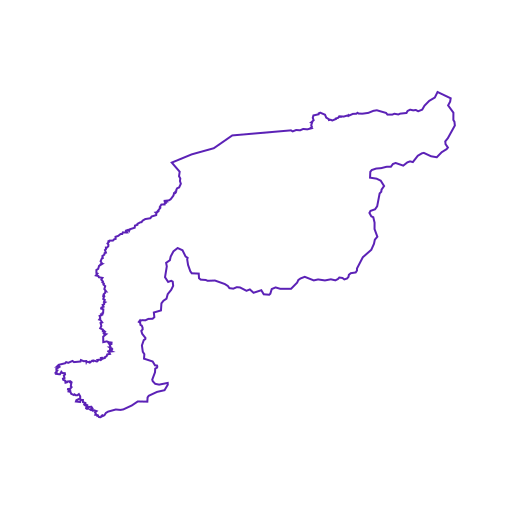 outline of Ikelenge, North-Western, Zambia, rotated 84°
{"feature_id": "96606910B32160654105939", "entity_name": "Ikelenge", "entity_type": "district", "adm_level": 2, "iso_a3": "ZMB", "parent_name": "Zambia", "parent_adm1": "North-Western", "projection": "equal_earth", "projection_center": [24.346, -11.254], "detail": "fine", "context": "isolated", "style": "outline", "palette": "violet", "viewbox_px": 512, "rotation_deg": 84, "n_neighbors": 0, "source": "geoboundaries", "source_scale": "gbopen_adm2", "svg_char_len": 6119}
<svg xmlns="http://www.w3.org/2000/svg" viewBox="0 0 512 512"><g transform="rotate(84 256 256)"><path d="M373.0,357.1L373.8,365.8L372.6,369.6L369.7,371.8L368.1,372.1L361.1,368.6L357.5,368.0L356.6,366.0L355.3,365.7L354.6,365.9L354.2,367.9L350.1,369.8L346.4,378.1L342.0,377.3L339.4,378.6L333.0,378.8L327.9,376.4L327.1,374.8L326.0,374.5L321.5,377.3L318.5,377.9L317.1,376.4L315.4,376.3L313.3,376.9L312.5,378.1L310.2,378.2L309.3,379.4L307.8,378.0L308.4,377.6L307.9,376.0L308.4,372.8L307.3,369.6L307.6,365.4L306.2,363.5L301.5,363.5L300.2,356.2L293.2,355.0L290.8,352.7L289.1,349.5L284.7,347.8L280.8,343.9L277.0,341.5L272.8,341.5L271.8,342.9L272.6,346.1L267.6,348.7L257.0,345.8L253.4,346.1L251.2,342.1L247.6,340.9L242.7,337.6L239.9,333.1L242.6,328.5L249.1,326.1L250.7,324.2L252.2,324.8L257.8,324.5L264.4,322.9L266.5,321.7L267.5,314.8L272.1,315.0L273.7,313.5L274.6,308.5L275.6,306.7L276.1,299.4L280.6,290.0L282.9,287.1L285.2,285.8L286.1,282.0L285.0,278.4L285.6,275.2L289.6,269.1L288.6,265.6L292.3,262.3L290.6,254.3L294.9,252.3L295.9,246.9L295.0,245.7L290.5,243.8L289.3,239.8L291.1,235.5L292.3,224.6L286.8,217.9L284.3,216.4L283.0,214.1L281.8,209.7L286.3,201.1L285.8,196.7L287.5,190.0L287.0,184.0L288.5,179.6L287.5,177.0L286.1,175.4L286.9,172.3L288.5,170.6L287.9,167.8L286.4,166.2L284.4,165.6L283.0,163.5L282.8,158.6L281.0,157.1L279.0,156.9L268.4,149.9L261.9,140.7L256.2,137.4L252.2,136.1L249.5,133.3L241.6,135.3L235.2,134.6L229.7,135.3L228.6,137.2L225.0,138.7L223.1,137.4L222.0,132.7L219.2,130.3L206.7,126.5L205.2,124.7L203.1,124.2L199.8,121.3L194.1,124.1L191.7,128.0L190.0,134.4L184.2,133.5L182.6,131.9L181.6,127.4L181.7,122.3L180.9,116.9L181.3,112.5L178.8,110.2L178.1,107.4L181.5,100.1L178.7,95.7L178.0,92.9L179.0,90.2L173.2,84.6L171.2,80.2L171.0,78.3L175.1,71.5L176.7,65.9L172.2,60.5L169.6,55.2L168.2,53.8L164.6,55.8L161.8,55.8L158.9,52.9L147.0,44.6L143.3,44.6L141.3,45.5L134.1,44.7L126.3,49.2L122.8,46.8L119.5,45.9L111.9,58.3L117.1,61.6L119.8,67.5L124.1,72.7L127.8,75.4L129.0,79.6L127.5,81.8L127.6,84.4L126.6,87.4L127.6,90.1L129.5,91.4L129.5,97.7L130.1,99.7L129.0,103.5L129.6,105.6L129.1,110.5L127.3,111.7L123.7,120.6L123.9,124.1L125.4,129.3L125.6,135.1L125.1,139.0L124.2,140.1L125.0,141.3L124.8,144.8L126.1,148.8L125.6,149.1L126.3,149.8L125.8,150.2L126.5,154.2L125.9,157.8L126.4,157.6L126.3,159.1L127.2,159.9L127.6,162.2L128.1,162.2L129.2,166.0L128.3,167.5L128.4,169.1L127.8,169.0L125.7,171.7L122.7,172.6L120.2,177.1L120.7,178.7L121.6,178.9L122.2,184.2L124.5,185.1L127.0,184.5L128.8,187.0L129.0,186.2L131.7,187.4L133.5,186.9L134.3,188.2L134.8,187.6L135.4,191.7L134.6,195.8L135.6,199.0L134.9,202.9L135.9,206.5L134.7,208.1L133.6,267.0L144.4,286.7L148.2,309.3L154.3,330.0L164.2,323.1L168.6,324.2L171.0,323.2L173.5,323.8L176.3,323.2L179.8,325.3L180.4,327.3L181.6,328.2L183.0,328.5L183.5,329.4L184.4,329.1L185.1,329.9L184.9,330.9L187.3,331.8L190.7,335.0L191.6,336.9L191.6,340.3L192.6,339.4L192.6,340.8L193.8,340.2L194.1,341.3L195.2,341.5L194.9,344.7L197.3,346.6L198.1,346.1L201.0,349.0L201.3,348.5L202.2,349.6L202.3,351.2L203.0,350.6L204.9,351.0L205.8,355.7L207.4,357.1L207.7,362.3L209.0,365.1L210.4,366.3L210.4,367.5L211.6,370.5L212.6,370.7L213.1,373.2L215.2,373.7L216.2,378.6L217.9,379.6L216.6,380.4L217.1,382.4L218.7,381.8L218.4,382.6L219.1,382.5L218.6,386.0L220.1,386.7L220.0,388.4L221.6,390.9L222.2,393.7L224.3,393.8L224.6,395.4L225.7,396.7L225.4,400.1L225.9,401.2L226.6,400.8L228.0,402.4L229.3,401.6L230.9,401.9L232.2,403.6L232.0,404.4L233.5,404.5L234.3,405.6L237.0,404.9L237.3,406.3L238.8,406.7L240.0,408.8L242.0,408.6L242.2,409.5L245.0,411.1L246.9,410.1L247.5,410.8L247.8,409.8L249.4,413.1L252.3,414.3L253.2,416.2L256.3,416.5L256.9,415.5L258.6,417.2L259.5,414.8L260.7,414.5L261.7,411.0L263.4,412.3L265.3,410.9L266.1,411.5L267.5,410.2L268.5,410.7L270.2,409.1L273.0,410.3L275.3,408.9L275.1,409.5L276.8,409.8L278.1,411.5L279.5,412.0L279.5,411.2L280.2,411.1L280.6,412.7L280.8,411.5L282.8,412.4L283.9,411.0L285.7,412.0L286.2,410.9L286.7,411.9L288.1,412.1L288.6,413.6L290.5,412.9L291.2,415.2L292.1,415.5L293.1,413.4L296.6,414.0L296.8,414.8L297.9,414.8L297.8,416.1L298.8,415.9L299.2,417.8L301.6,417.4L302.8,418.5L303.2,417.5L306.0,415.9L306.4,417.6L309.4,417.1L311.6,418.5L313.2,416.0L314.6,416.2L314.5,415.0L315.6,414.0L316.8,415.7L317.4,415.4L318.1,413.2L320.2,416.4L325.7,416.9L325.3,413.4L326.3,411.4L326.6,412.0L327.7,411.4L326.7,409.9L327.0,408.7L328.5,409.0L328.6,410.8L331.5,410.2L331.5,411.2L332.0,410.6L333.2,410.9L332.9,409.1L333.5,408.7L334.3,409.2L333.5,410.3L334.7,411.3L335.8,409.4L335.8,411.8L334.9,413.7L335.9,412.3L338.1,411.5L338.3,414.2L340.1,415.1L340.9,417.0L341.6,417.0L342.0,418.8L341.1,419.7L341.2,420.8L342.7,420.4L343.3,421.3L342.7,422.1L342.8,424.2L343.3,423.8L344.3,425.2L342.9,428.7L343.6,429.0L343.1,430.1L344.6,432.3L343.8,432.7L344.1,433.7L343.2,435.5L343.7,435.8L342.7,435.9L342.6,438.4L341.2,441.0L342.6,441.6L342.5,448.1L341.2,449.5L342.6,453.9L341.7,455.9L342.7,456.9L343.6,463.6L345.0,465.4L344.9,463.6L345.7,463.0L347.4,466.4L349.0,466.4L349.2,465.7L351.0,467.4L351.2,466.6L352.3,467.1L353.0,464.3L353.1,463.3L350.8,461.7L352.2,460.8L352.5,458.4L353.9,458.3L354.8,459.6L357.3,459.2L357.8,460.8L358.9,460.7L360.0,458.8L362.1,458.7L361.8,457.1L361.1,456.8L361.1,453.8L361.9,453.0L362.2,454.2L363.3,453.0L366.0,453.8L367.1,453.1L368.5,454.6L368.7,456.9L369.2,457.0L370.2,455.1L371.2,456.3L371.8,454.7L373.7,454.2L375.2,451.7L374.6,451.0L375.7,449.7L375.8,448.2L374.8,446.6L377.2,445.5L379.2,445.7L380.6,449.7L381.9,450.3L382.8,446.2L380.8,445.4L381.1,443.2L383.2,443.4L384.2,441.3L385.8,442.4L386.6,441.6L385.9,440.5L386.8,439.3L387.8,439.7L387.5,440.9L388.0,440.3L389.7,440.9L390.4,440.0L390.0,438.8L388.7,438.6L388.7,435.5L390.4,434.6L391.3,437.1L392.1,436.1L392.0,434.9L392.9,434.3L392.4,433.4L393.6,430.8L394.7,432.4L396.1,431.8L397.1,432.4L397.5,430.8L398.3,430.6L398.0,429.9L399.7,429.1L400.1,427.6L399.4,426.0L398.7,426.2L398.3,425.4L399.0,424.7L398.5,423.4L396.4,421.7L395.3,419.4L394.0,411.5L394.9,406.9L394.7,404.0L391.7,395.2L388.3,388.8L389.5,379.3L385.3,378.6L383.8,377.3L380.8,368.6L379.9,361.0L374.8,357.2L373.0,357.1Z" fill="none" stroke="#5b21b6" stroke-width="2"/></g></svg>